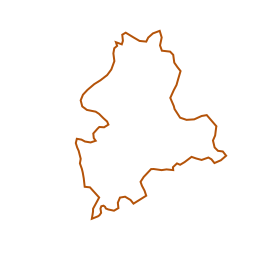 Chuncheon-si, Gangwon, South Korea, rotated 145°
{"feature_id": "91817680B67839742247787", "entity_name": "Chuncheon-si", "entity_type": "district", "adm_level": 2, "iso_a3": "KOR", "parent_name": "South Korea", "parent_adm1": "Gangwon", "projection": "albers", "projection_center": [127.767, 37.873], "detail": "fine", "context": "isolated", "style": "outline", "palette": "amber", "viewbox_px": 256, "rotation_deg": 145, "n_neighbors": 0, "source": "geoboundaries", "source_scale": "gbopen_adm2", "svg_char_len": 1514}
<svg xmlns="http://www.w3.org/2000/svg" viewBox="0 0 256 256"><g transform="rotate(145 128 128)"><path d="M209.7,74.4L203.4,72.9L201.4,72.9L198.7,73.9L197.7,75.9L196.8,77.8L194.7,79.2L192.6,78.4L192.0,76.6L192.3,74.8L190.9,72.6L186.9,68.3L181.8,67.9L179.2,72.6L174.5,75.6L169.8,73.4L167.2,67.6L166.9,62.9L151.9,62.1L150.4,67.2L149.7,72.7L148.6,76.7L143.2,78.9L132.6,81.1L130.4,79.6L124.6,74.2L120.2,72.0L115.1,67.6L113.7,70.1L108.2,70.9L106.4,68.0L101.3,67.6L92.5,67.9L89.6,63.9L86.0,59.6L79.1,57.7L77.6,54.5L77.3,49.7L70.4,48.3L63.5,49.0L63.8,54.4L67.4,57.7L68.2,62.4L65.6,69.0L60.9,71.9L55.0,78.4L54.6,78.7L56.1,93.4L60.8,95.6L68.8,97.1L75.4,101.1L79.4,106.6L79.0,116.8L77.9,119.7L76.1,128.4L68.7,132.8L63.6,135.4L59.2,139.0L52.3,144.5L52.6,149.6L52.6,155.0L49.0,162.0L49.7,166.4L55.9,171.9L54.4,177.3L48.5,182.8L46.3,189.4L53.3,191.2L59.2,190.5L59.5,190.5L63.5,188.3L68.6,192.7L71.5,199.0L75.2,207.4L79.2,207.7L82.2,202.3L85.1,200.1L88.7,205.2L89.8,201.5L93.5,201.2L97.2,197.5L100.8,190.6L108.1,185.5L114.7,183.3L123.1,182.9L130.4,183.3L139.2,182.5L145.8,181.1L150.9,177.8L153.1,171.9L151.3,166.4L145.1,159.9L143.6,156.2L142.5,150.0L141.4,145.3L142.1,142.0L147.2,142.3L150.9,145.3L153.4,144.9L159.6,143.4L161.8,139.4L161.8,136.1L166.9,137.6L171.0,141.6L172.8,145.2L176.1,148.5L179.4,145.6L180.8,141.2L181.5,137.6L184.4,129.9L187.7,126.6L189.2,121.1L190.6,117.5L193.2,112.0L197.2,104.7L193.2,101.2L191.5,87.6L202.9,81.9L204.6,79.6L206.8,77.3L209.7,74.4Z" fill="none" stroke="#b45309" stroke-width="2"/></g></svg>